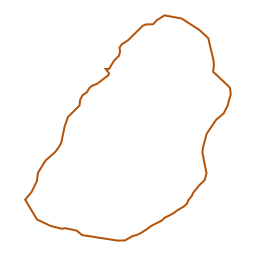 the district of Mbandaka, Équateur, Democratic Republic of the Congo
{"feature_id": "63176286B82661241826895", "entity_name": "Mbandaka", "entity_type": "district", "adm_level": 2, "iso_a3": "COD", "parent_name": "Democratic Republic of the Congo", "parent_adm1": "Équateur", "projection": "mercator", "projection_center": [18.267, -0.084], "detail": "fine", "context": "isolated", "style": "outline", "palette": "amber", "viewbox_px": 256, "rotation_deg": 0, "n_neighbors": 0, "source": "geoboundaries", "source_scale": "gbopen_adm2", "svg_char_len": 1415}
<svg xmlns="http://www.w3.org/2000/svg" viewBox="0 0 256 256"><path d="M230.8,94.2L230.1,88.9L229.9,87.7L224.1,82.0L220.2,78.4L213.1,71.7L214.0,65.0L213.5,61.1L213.4,59.8L209.5,43.4L208.3,38.2L199.4,30.0L181.6,18.5L169.0,16.2L164.5,15.4L162.4,16.7L156.7,20.4L153.0,24.3L146.4,24.4L142.7,25.7L139.7,28.8L128.2,40.1L121.4,44.6L120.4,46.2L119.5,47.6L120.1,51.6L120.0,51.8L119.0,55.8L117.6,57.2L114.2,60.5L108.9,69.0L105.7,69.0L109.0,73.2L108.4,75.2L106.7,76.5L106.0,77.0L104.1,78.5L103.8,78.7L97.1,83.9L93.7,85.1L92.1,85.7L89.3,88.2L88.0,90.3L86.7,92.4L86.2,92.8L82.4,95.4L80.1,100.0L79.5,105.6L68.0,116.9L64.6,126.6L61.3,142.5L59.3,146.4L55.3,151.9L45.6,160.5L37.9,172.9L37.7,174.7L36.9,181.1L31.8,191.5L31.6,191.9L25.5,199.4L25.2,199.7L36.9,219.4L39.6,220.7L50.5,225.9L59.2,228.1L61.7,228.8L65.2,228.2L76.6,230.6L82.2,235.1L87.5,235.9L98.2,237.6L117.6,240.6L124.6,240.4L125.1,240.4L132.3,236.2L134.1,235.7L137.0,234.9L141.2,232.9L143.2,231.5L145.8,229.9L147.8,228.5L151.4,225.8L161.9,220.5L164.9,217.6L169.7,215.3L173.5,213.2L177.3,210.3L180.3,208.6L184.2,206.2L186.8,203.9L188.5,199.9L191.8,195.9L193.2,192.7L195.1,190.4L199.2,185.3L200.2,184.4L200.4,184.2L204.2,180.6L204.4,180.5L204.6,180.3L205.3,177.8L206.5,173.2L204.3,162.3L202.4,152.3L203.0,147.4L206.7,133.7L216.2,119.7L223.7,113.4L226.5,107.8L227.5,106.0L227.8,104.8L228.8,101.1L228.9,100.7L230.8,94.2Z" fill="none" stroke="#b45309" stroke-width="2"/></svg>